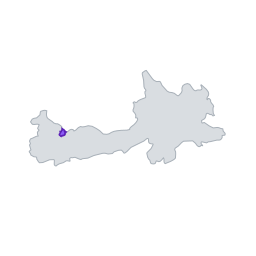 Khongxedone, Saravan, Laos shown in context, rotated 119°
{"feature_id": "54806243B74103700383879", "entity_name": "Khongxedone", "entity_type": "district", "adm_level": 2, "iso_a3": "LAO", "parent_name": "Laos", "parent_adm1": "Saravan", "projection": "albers", "projection_center": [105.743, 15.558], "detail": "fine", "context": "in_parent", "style": "filled", "palette": "violet", "viewbox_px": 256, "rotation_deg": 119, "n_neighbors": 0, "source": "geoboundaries", "source_scale": "gbopen_adm2", "svg_char_len": 5098}
<svg xmlns="http://www.w3.org/2000/svg" viewBox="0 0 256 256"><g transform="rotate(119 128 128)"><path d="M94.3,42.3L95.4,44.3L100.2,49.6L101.1,51.0L102.9,52.1L104.3,56.8L105.0,57.1L105.8,56.8L106.4,56.2L107.0,54.4L107.3,54.2L107.9,55.7L109.3,56.1L109.9,56.8L110.0,57.9L109.8,59.1L108.6,61.7L107.9,65.2L112.6,73.0L114.7,74.0L119.5,75.3L122.8,77.0L124.3,76.7L125.8,74.8L127.6,73.7L130.9,72.1L131.8,72.0L133.6,72.7L136.6,74.6L141.1,78.2L140.9,79.2L140.1,80.1L137.7,81.5L136.9,82.4L137.4,82.7L139.4,83.0L141.7,83.8L142.5,84.7L142.9,86.9L143.3,87.3L145.5,87.0L146.2,87.3L146.9,88.0L147.7,89.8L147.7,91.1L145.5,93.4L145.2,94.8L144.1,96.5L141.1,99.2L140.3,99.4L134.7,97.8L130.3,98.0L129.9,98.6L130.7,100.3L130.9,102.0L130.2,103.2L127.6,104.9L127.5,105.6L128.0,106.3L131.7,107.8L143.5,116.0L148.9,117.5L151.2,118.5L151.8,119.1L151.8,119.8L151.2,120.7L150.7,122.3L150.6,123.2L151.2,124.1L152.1,125.5L155.5,128.6L157.9,129.3L160.4,132.8L161.2,135.9L162.4,137.9L168.6,144.5L173.8,148.5L176.9,152.9L178.4,153.9L178.8,155.5L179.3,160.1L181.1,162.4L181.4,163.4L182.2,164.0L183.1,164.2L184.9,162.7L185.3,162.9L186.1,165.3L186.8,166.2L189.6,167.7L192.5,170.6L194.1,171.7L196.1,172.5L196.3,173.4L196.0,174.4L195.4,175.0L192.0,176.7L191.6,177.5L193.8,181.2L199.5,185.8L201.3,188.6L200.9,190.0L199.4,192.7L198.2,193.5L197.9,194.3L198.8,196.5L198.7,199.9L197.7,200.8L196.7,202.9L196.0,203.0L194.2,202.3L190.6,205.9L189.0,205.7L187.2,207.8L184.9,208.0L183.2,206.6L179.8,204.2L178.5,202.7L177.4,204.0L175.6,205.2L173.0,204.8L172.4,206.6L171.9,206.9L168.7,207.2L168.1,207.5L168.6,209.2L170.5,211.9L171.1,213.5L169.9,216.2L166.7,216.1L165.2,215.0L163.4,212.8L159.2,211.4L156.5,212.4L155.6,212.3L153.6,210.4L152.8,209.2L152.3,207.4L155.5,206.0L157.1,204.9L158.1,203.7L158.6,202.4L159.1,197.2L159.6,195.4L159.3,193.2L158.4,191.4L158.5,188.8L158.9,186.6L160.1,185.6L160.9,184.0L161.4,180.6L161.1,179.7L159.9,178.8L157.9,178.0L156.7,177.0L156.2,175.8L156.2,174.7L156.8,173.8L155.3,172.7L151.7,171.6L149.7,170.2L149.3,168.6L147.8,166.5L145.3,163.9L143.9,160.2L143.8,155.3L144.1,151.4L145.3,146.8L143.8,143.5L142.2,141.7L139.9,140.4L137.7,138.6L135.7,136.2L133.2,132.6L130.4,127.9L128.5,125.8L127.5,126.3L125.4,125.8L122.2,124.4L119.5,123.7L117.1,123.5L115.6,123.8L114.9,124.5L114.8,125.2L115.4,125.9L115.1,126.5L113.8,126.9L112.8,127.6L111.7,129.3L110.9,131.6L109.7,132.4L107.9,132.6L106.1,133.2L104.3,134.3L103.5,135.1L103.6,135.7L103.2,135.8L102.3,135.4L101.9,134.7L102.0,133.5L101.1,132.7L99.3,132.3L97.2,131.0L93.3,127.7L92.4,127.5L91.1,128.4L89.3,130.1L87.9,130.8L86.8,130.4L85.9,131.1L85.3,132.7L84.2,134.0L78.8,137.4L73.8,141.8L72.6,142.2L69.7,140.8L68.8,139.9L73.0,130.8L73.7,128.6L73.6,125.6L72.0,123.1L71.9,122.4L72.2,121.7L74.3,118.8L76.8,111.5L76.7,109.2L75.7,106.7L75.2,104.3L75.7,101.1L75.6,99.8L74.5,99.2L70.9,98.4L68.8,98.9L67.7,99.8L66.5,100.3L64.2,100.5L62.1,99.4L60.3,97.5L59.9,95.2L62.3,90.3L62.9,88.5L62.9,87.6L62.5,86.6L62.0,86.5L60.8,85.3L59.8,83.2L58.7,82.3L57.7,82.4L56.8,83.2L55.2,85.1L54.7,84.8L56.2,78.1L57.6,75.2L59.1,73.9L60.7,73.4L62.3,73.6L63.7,73.4L64.8,72.7L64.7,72.3L63.4,72.2L62.9,71.4L63.2,70.0L63.8,69.1L64.7,68.7L65.7,67.2L66.6,64.8L67.6,63.5L68.8,63.5L70.9,62.5L73.9,60.5L75.1,58.5L76.2,59.5L75.7,61.8L76.3,62.3L76.5,63.1L76.4,64.4L76.6,65.6L77.0,66.1L77.6,66.4L80.8,65.5L82.7,65.5L85.8,67.3L87.6,66.0L87.7,65.5L86.2,63.9L86.8,58.0L86.6,53.5L84.2,50.1L83.7,48.7L83.4,46.5L82.8,44.7L84.6,43.2L85.6,40.5L86.9,39.8L87.3,39.9L88.9,42.0L90.9,41.0L92.4,41.1L93.7,41.6L94.3,42.3Z" fill="#d9dde1" stroke="#a8b0b8" stroke-width="1"/><path d="M165.4,180.4L165.2,180.2L164.9,180.1L164.7,180.0L164.5,179.9L164.4,179.9L164.2,179.9L164.1,180.0L164.0,180.3L163.9,180.3L163.7,180.3L163.3,180.3L163.2,180.3L163.1,180.5L163.0,180.8L162.9,180.8L162.7,180.8L162.6,180.7L162.4,180.7L162.3,180.8L162.2,180.8L162.2,180.7L161.9,180.7L161.9,180.8L161.8,180.7L161.8,180.8L161.7,180.8L161.8,180.8L161.7,180.8L161.6,181.0L161.6,180.9L161.5,181.0L161.5,180.9L161.5,181.0L161.4,180.9L161.4,181.0L161.2,181.4L161.2,181.6L161.2,181.8L161.2,182.0L161.1,182.3L161.1,182.5L160.9,182.7L160.8,182.8L160.7,183.0L160.6,183.3L160.5,183.5L160.6,183.9L160.7,184.1L160.7,184.3L160.6,184.5L160.6,184.8L160.5,185.0L160.5,185.3L160.6,185.2L160.8,185.1L161.0,185.0L161.1,184.9L161.3,184.9L161.4,184.7L161.5,184.7L161.8,184.7L162.0,184.6L162.2,184.8L162.3,184.8L162.5,184.9L162.5,185.0L162.8,185.0L163.0,184.9L163.3,184.8L163.3,184.7L163.5,184.6L163.7,184.8L163.8,185.0L164.0,184.9L164.2,185.0L164.4,185.2L164.4,185.3L164.5,185.2L164.8,184.9L165.0,184.9L165.3,184.9L165.6,185.0L165.7,184.9L165.8,184.8L166.0,184.8L166.3,184.8L166.5,184.8L166.8,185.0L166.9,184.9L167.0,184.8L167.3,184.7L167.4,184.4L167.4,184.2L167.5,184.1L167.4,183.9L167.4,183.7L167.5,183.6L167.6,183.3L167.7,183.1L167.8,182.9L167.8,182.7L167.8,182.4L167.7,182.4L167.4,182.3L167.2,182.2L166.9,182.2L166.8,181.9L166.8,181.7L166.7,181.6L166.5,181.4L166.5,181.5L166.5,181.4L166.5,181.5L166.4,181.5L166.4,181.4L166.2,181.4L166.1,181.2L165.9,181.2L165.7,181.1L165.6,180.9L165.5,180.7L165.4,180.4L165.4,180.4Z" fill="#8b5cf6" stroke="#5b21b6" stroke-width="1.5"/></g></svg>